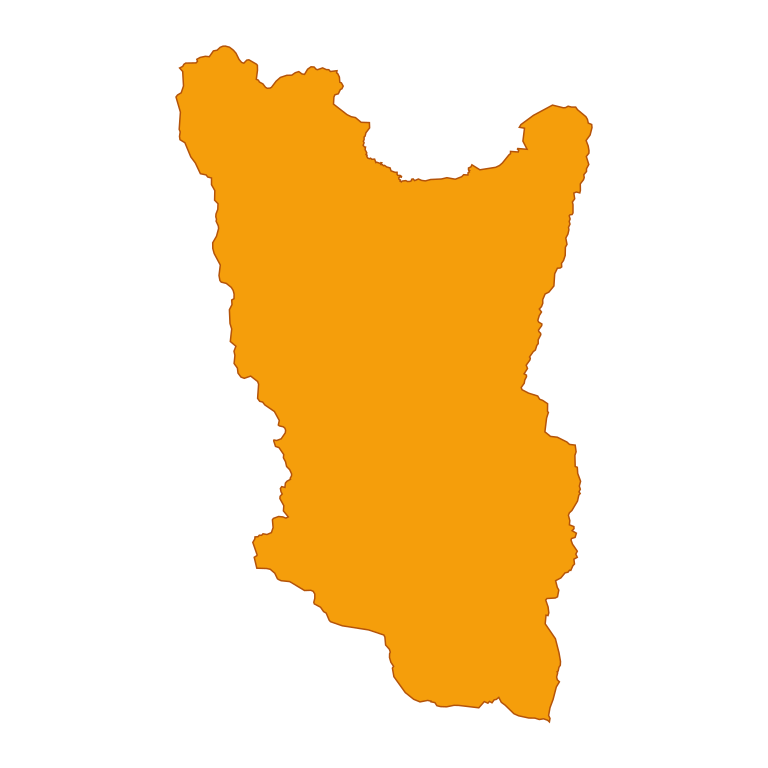 the district of Bo Phloi, Kanchanaburi, Thailand
{"feature_id": "78962969B59995610664778", "entity_name": "Bo Phloi", "entity_type": "district", "adm_level": 2, "iso_a3": "THA", "parent_name": "Thailand", "parent_adm1": "Kanchanaburi", "projection": "albers", "projection_center": [99.464, 14.382], "detail": "fine", "context": "isolated", "style": "filled", "palette": "amber", "viewbox_px": 768, "rotation_deg": 0, "n_neighbors": 0, "source": "geoboundaries", "source_scale": "gbopen_adm2", "svg_char_len": 6064}
<svg xmlns="http://www.w3.org/2000/svg" viewBox="0 0 768 768"><path d="M568.1,106.2L565.6,107.6L563.4,107.8L552.5,105.1L533.5,115.3L520.9,124.6L519.3,127.3L524.5,128.2L522.9,141.1L527.1,149.3L517.8,148.5L517.5,149.1L518.7,150.2L518.2,152.0L510.5,151.4L510.5,153.7L509.0,154.8L502.4,163.0L499.5,165.5L495.7,167.3L479.9,169.8L471.9,164.8L470.9,166.9L468.5,168.0L468.5,169.8L469.5,170.5L468.9,170.8L469.4,171.9L468.1,172.7L467.9,175.0L463.7,174.7L461.7,176.7L455.3,179.2L446.9,177.7L441.3,179.0L430.7,179.5L425.4,180.9L421.6,180.4L418.4,179.0L414.7,180.6L413.1,178.9L411.6,179.3L411.5,180.6L410.1,181.4L407.4,181.5L405.8,180.6L402.0,181.1L401.4,181.9L400.0,181.1L400.3,180.0L399.0,179.2L398.7,177.8L400.0,176.8L401.3,177.2L401.5,176.4L400.0,175.4L397.8,175.4L397.1,174.4L397.1,172.3L395.0,172.3L391.0,170.8L390.1,167.9L386.6,166.9L384.6,165.4L383.4,165.7L382.5,164.7L380.9,164.5L381.8,162.8L380.9,162.6L380.4,163.5L376.7,162.2L375.9,162.6L374.6,159.1L371.8,159.3L370.6,158.2L369.4,158.7L367.8,158.1L366.8,156.4L367.1,155.2L366.0,154.6L366.8,152.9L365.1,149.6L365.5,147.1L364.6,147.1L363.1,145.3L364.1,142.8L363.3,141.3L364.1,139.7L364.1,137.0L365.1,136.1L365.9,132.8L369.6,127.9L369.4,122.6L361.1,122.3L355.5,117.6L351.2,116.7L347.1,114.7L333.5,104.1L333.9,97.1L334.9,94.8L338.3,93.8L340.4,89.5L341.9,88.8L343.2,86.1L341.4,82.9L339.8,82.2L339.4,77.1L337.7,73.6L336.6,72.9L337.0,70.7L330.4,71.5L328.8,69.7L326.3,69.6L322.6,67.9L317.5,69.7L316.2,69.3L314.1,67.0L311.0,66.8L307.6,69.2L304.5,74.4L301.9,73.9L298.8,71.6L295.3,72.7L291.7,75.2L286.8,75.3L280.4,77.4L276.1,81.2L271.5,87.3L270.0,88.1L267.3,88.3L265.5,87.3L262.9,83.9L259.4,82.0L258.4,80.2L256.3,79.3L257.5,70.2L257.4,65.3L256.5,64.2L248.9,59.8L246.8,60.1L243.8,63.2L241.6,62.4L239.1,59.5L236.0,53.2L233.4,50.2L229.5,47.2L225.4,46.1L222.9,46.2L220.2,47.3L217.1,50.2L213.4,50.9L209.3,56.7L205.4,56.3L200.2,57.4L196.8,59.3L197.5,61.3L196.1,62.9L185.7,63.1L183.9,64.3L182.7,66.4L179.6,68.0L182.7,71.5L183.5,86.0L181.2,92.8L177.5,95.0L176.0,97.0L180.4,112.1L179.2,129.4L180.2,131.9L179.5,136.4L180.0,139.7L184.9,142.7L190.8,156.9L195.3,162.9L200.4,173.7L206.1,174.9L207.7,177.0L211.5,178.0L211.5,184.7L214.8,190.6L214.6,200.2L218.0,203.7L217.8,209.3L216.0,214.0L215.8,216.8L216.5,219.2L216.1,221.2L218.3,225.9L218.6,228.5L216.5,236.2L212.7,242.8L212.8,248.5L214.2,253.6L220.3,265.0L219.0,275.5L219.9,280.5L221.2,282.1L226.3,283.4L231.3,287.4L233.2,290.5L234.1,294.1L234.0,298.7L231.7,300.0L232.0,304.6L229.4,309.7L230.0,323.5L231.7,329.0L230.3,341.5L235.9,346.2L234.0,351.2L234.9,355.5L234.1,363.5L237.4,368.1L238.0,373.1L241.0,377.1L244.3,378.3L250.7,376.1L257.6,381.5L258.6,384.2L257.6,398.4L259.7,401.3L262.7,402.1L264.8,404.9L274.4,411.5L279.3,420.5L278.3,425.0L279.4,425.9L283.3,426.8L284.9,428.2L285.6,430.2L285.3,432.8L281.2,438.8L276.7,440.5L274.0,440.0L273.7,440.8L275.5,446.4L279.0,447.6L283.7,454.5L283.4,457.8L285.5,461.7L286.6,466.5L289.7,469.7L291.6,473.9L291.5,475.9L290.2,478.2L290.5,479.3L287.0,481.2L285.4,483.1L284.9,487.4L281.7,486.6L280.4,488.5L281.0,491.7L282.2,494.0L280.1,496.3L279.9,498.6L283.8,505.7L283.4,510.9L288.3,516.9L285.9,518.1L282.8,516.9L278.6,516.5L273.4,518.4L272.4,519.8L273.1,527.6L271.4,532.6L267.0,534.5L263.0,533.8L261.6,535.3L259.3,535.2L258.0,536.7L255.0,536.9L254.8,539.0L252.8,542.4L257.1,554.8L256.9,555.6L254.2,557.3L256.8,568.2L266.7,568.5L270.3,569.3L274.8,573.2L277.4,578.7L278.3,579.4L281.1,580.7L289.7,581.6L304.5,590.5L310.8,590.3L313.2,591.3L314.8,594.0L314.8,598.3L313.8,602.3L314.3,603.9L320.5,607.2L323.6,611.6L326.2,613.1L329.2,620.2L330.5,621.7L342.3,625.8L368.5,629.9L383.8,635.0L384.9,637.1L385.6,645.0L389.4,649.3L390.3,652.1L389.6,653.7L389.5,657.5L390.9,662.3L393.6,666.3L392.4,668.1L393.9,676.7L405.3,692.6L413.7,699.3L420.0,701.9L427.7,700.4L431.1,701.2L431.0,701.8L434.9,702.6L436.9,705.7L440.5,706.6L446.7,706.8L454.0,705.3L458.6,705.4L478.8,707.8L484.3,701.6L487.9,703.2L489.5,701.4L492.0,702.8L494.2,699.8L496.3,699.4L498.8,697.4L501.3,702.3L505.2,705.2L513.9,713.7L518.6,715.8L528.8,718.0L534.9,718.1L539.3,719.5L543.6,718.8L547.7,720.3L549.4,721.9L550.0,718.4L548.6,715.5L550.0,707.7L553.1,699.4L556.3,687.0L559.4,681.8L557.3,679.8L556.6,677.0L557.7,672.8L557.1,671.8L558.2,671.0L558.9,667.4L560.3,665.2L560.5,661.5L559.0,652.8L555.4,638.7L545.2,623.8L546.0,615.2L548.0,615.6L548.8,612.8L548.1,607.0L545.7,600.0L547.0,598.5L555.3,598.0L557.5,596.8L558.8,590.1L557.3,587.4L555.6,580.7L560.9,577.9L565.0,572.9L568.0,572.2L569.5,570.2L570.8,570.4L572.9,565.7L574.5,564.0L573.9,559.2L577.3,557.3L575.8,554.1L577.3,551.2L572.5,544.2L571.0,540.0L571.6,538.5L575.1,537.4L576.4,533.2L572.1,530.7L574.0,528.7L573.9,526.6L569.4,524.8L569.8,520.6L568.4,515.2L569.4,512.8L571.9,510.5L577.5,501.1L578.8,495.2L580.2,493.5L579.0,491.9L580.3,489.2L579.3,486.1L580.6,481.3L577.7,473.4L577.3,467.3L575.2,466.5L574.9,455.4L576.1,451.8L575.2,445.1L569.5,444.4L566.9,442.0L557.3,437.2L550.5,436.4L544.9,431.8L546.6,418.0L548.4,412.4L547.5,411.4L547.6,403.7L542.7,400.4L539.6,399.2L537.7,396.0L528.5,393.1L522.0,389.7L521.2,387.5L524.2,383.3L524.8,380.0L526.5,376.7L526.4,375.1L524.1,373.8L527.5,368.5L526.2,365.2L529.9,360.0L530.3,358.1L529.5,357.0L533.2,351.7L535.4,350.0L536.8,345.4L538.2,343.7L538.2,339.8L540.8,334.7L540.6,333.3L538.8,331.5L538.5,330.1L541.7,325.6L541.9,324.0L538.7,322.1L537.8,320.4L539.3,315.5L541.5,312.0L539.3,309.0L541.5,306.6L542.8,303.2L542.7,299.7L545.1,294.0L548.9,292.1L553.9,286.0L554.7,273.8L557.4,268.2L560.2,268.0L561.7,266.9L561.5,263.3L563.5,260.5L565.2,255.5L565.4,247.2L567.0,244.4L565.8,238.0L567.9,234.2L568.9,229.8L568.5,227.3L570.0,224.1L569.2,221.5L570.1,219.0L569.2,215.8L570.0,214.8L572.1,214.5L573.0,212.9L573.0,204.7L572.4,202.0L574.7,198.8L573.8,193.1L576.3,192.0L579.8,192.9L580.4,190.4L580.3,183.9L583.5,179.7L584.2,177.6L583.8,174.7L586.5,171.5L586.5,168.7L588.8,164.5L586.3,156.5L588.9,153.2L589.0,150.7L588.2,146.0L586.1,140.5L590.1,135.0L592.0,127.6L591.7,124.5L588.3,123.1L587.4,119.3L585.9,116.7L577.5,109.7L575.7,107.1L571.6,107.1L568.1,106.2Z" fill="#f59e0b" stroke="#b45309" stroke-width="1.5"/></svg>